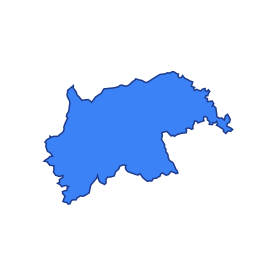 the district of Coxilha, Rio Grande do Sul, Brazil, rotated 150°
{"feature_id": "56859067B95404492612239", "entity_name": "Coxilha", "entity_type": "district", "adm_level": 2, "iso_a3": "BRA", "parent_name": "Brazil", "parent_adm1": "Rio Grande do Sul", "projection": "mercator", "projection_center": [-52.345, -28.125], "detail": "fine", "context": "isolated", "style": "filled", "palette": "blue", "viewbox_px": 256, "rotation_deg": 150, "n_neighbors": 0, "source": "geoboundaries", "source_scale": "gbopen_adm2", "svg_char_len": 3181}
<svg xmlns="http://www.w3.org/2000/svg" viewBox="0 0 256 256"><g transform="rotate(150 128 128)"><path d="M221.1,96.9L219.8,95.4L218.3,94.2L217.9,92.0L216.1,91.4L213.4,93.4L211.7,93.4L209.0,91.7L207.2,92.9L203.3,93.1L200.9,91.3L198.2,91.1L194.0,91.3L192.0,93.6L188.7,97.2L180.2,100.3L178.1,102.1L179.0,98.9L179.5,96.3L179.0,94.5L176.5,90.8L174.5,91.4L172.8,94.5L170.3,95.7L167.6,94.3L164.0,93.4L160.3,96.5L157.3,96.8L155.4,97.9L154.3,99.1L150.6,98.4L148.4,96.5L150.3,94.8L150.5,92.5L149.9,90.2L144.2,83.5L142.6,82.2L140.8,82.5L140.2,80.6L140.0,77.5L139.1,75.1L137.9,72.2L135.9,71.5L133.9,70.2L131.4,71.6L128.4,70.3L126.4,70.5L124.6,70.2L122.7,71.8L120.5,71.9L119.7,69.8L118.5,68.0L116.3,67.5L112.4,68.9L110.3,66.5L109.4,64.6L107.4,64.0L106.8,66.2L107.2,68.1L106.4,74.8L106.8,76.5L108.3,79.0L108.0,82.2L106.8,84.8L106.7,86.6L107.2,88.4L105.8,90.6L106.0,93.3L104.6,95.2L104.7,101.5L102.2,104.0L101.0,107.0L96.4,105.9L95.6,104.2L95.3,102.2L94.6,99.5L92.7,99.2L92.0,97.5L89.5,97.8L85.2,97.0L82.2,95.8L80.0,94.8L78.7,96.2L78.2,98.3L75.9,98.0L74.5,96.7L73.7,95.1L72.1,94.9L71.1,97.2L68.5,98.9L66.9,100.8L65.0,99.3L65.0,97.4L62.4,97.1L58.5,96.3L58.1,98.2L56.8,99.7L55.1,99.2L54.2,97.0L55.2,95.3L54.1,92.7L55.8,90.5L53.1,88.7L51.6,90.3L50.3,88.9L47.9,89.4L48.3,87.1L50.0,86.2L48.7,84.4L47.9,82.7L47.1,81.0L46.0,78.9L47.1,77.4L46.0,74.4L42.6,75.4L40.8,73.8L38.1,74.4L39.1,76.8L41.5,80.3L39.8,82.2L37.2,82.2L35.1,84.4L34.9,90.1L37.4,89.9L40.7,86.7L41.6,89.7L43.7,90.5L45.6,93.6L44.4,95.2L43.1,98.7L41.9,101.3L42.5,103.9L44.0,105.0L41.6,106.1L41.5,109.2L46.0,111.1L44.5,113.8L46.1,115.5L44.4,117.0L42.8,116.1L40.8,118.0L38.9,118.7L39.3,120.9L40.9,120.3L42.4,121.3L41.5,123.7L44.4,124.4L46.4,123.6L48.1,125.5L49.4,127.3L51.8,127.3L51.5,129.2L50.1,129.9L52.2,132.4L48.9,135.6L50.8,137.7L52.3,140.4L54.0,142.6L54.5,146.2L56.6,145.0L58.5,146.0L58.8,148.1L57.3,149.4L58.7,150.9L60.3,153.9L62.0,154.7L64.2,154.6L66.0,156.0L68.9,156.4L73.4,158.3L76.7,158.4L84.6,158.1L86.7,157.9L89.4,158.2L91.1,160.1L91.9,162.0L94.0,163.8L96.7,166.7L98.7,165.8L100.3,166.0L103.7,165.2L106.2,164.7L108.8,165.1L112.2,168.5L114.0,168.9L115.6,168.5L120.1,169.8L129.3,173.9L133.6,171.5L140.5,171.1L146.7,168.4L147.4,171.0L148.3,172.4L149.7,173.3L151.9,174.1L154.1,175.2L154.8,179.4L155.6,182.0L154.9,185.6L155.4,189.9L154.2,192.0L155.9,191.7L161.5,190.8L162.5,189.0L163.9,187.8L164.6,186.1L165.0,183.8L165.0,181.1L165.8,178.7L167.8,176.3L169.5,173.9L171.6,171.7L174.0,170.5L175.6,168.8L175.1,166.8L176.8,165.8L178.7,164.5L180.5,163.1L182.1,161.8L183.2,160.7L184.0,158.8L185.9,157.2L188.2,156.6L190.7,156.4L192.8,155.8L194.5,156.8L196.7,158.0L198.8,158.2L199.6,159.9L200.9,158.2L202.6,158.5L204.5,158.3L207.0,157.3L206.5,155.3L208.3,153.4L208.9,150.8L209.4,147.9L208.4,146.5L207.6,144.4L207.5,141.2L210.0,142.4L212.2,141.6L215.3,141.6L217.2,141.2L215.0,139.3L214.4,134.9L211.1,132.4L212.0,130.8L213.0,128.9L214.6,127.0L214.3,123.3L211.4,120.1L208.1,119.6L209.0,117.9L213.3,117.6L214.2,115.4L216.7,115.3L215.2,113.0L214.6,110.1L212.8,110.1L210.3,109.0L208.8,106.8L210.7,106.6L212.1,104.5L213.9,105.2L216.6,105.7L217.4,103.8L216.6,100.3L218.6,99.0L221.1,96.9Z" fill="#3b82f6" stroke="#1e3a8a" stroke-width="1.5"/></g></svg>